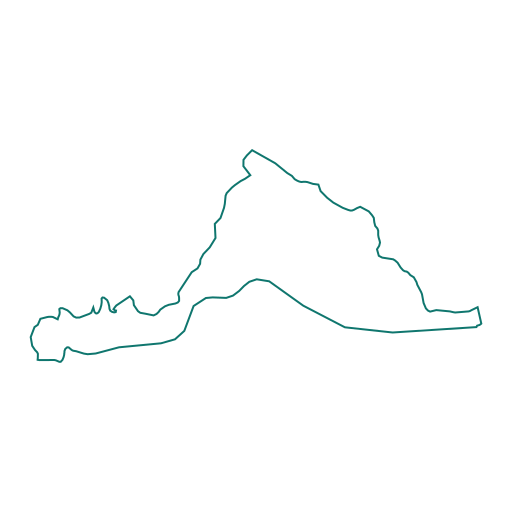 an SVG outline of Geylegphug
{"feature_id": "BTN-2482", "entity_name": "Geylegphug", "entity_type": "District", "adm_level": 1, "iso_a3": "BTN", "parent_name": "Bhutan", "parent_adm1": "", "projection": "orthographic", "projection_center": [90.239, 26.953], "detail": "fine", "context": "isolated", "style": "outline", "palette": "teal", "viewbox_px": 512, "rotation_deg": 0, "n_neighbors": 0, "source": "natural_earth", "source_scale": "10m", "svg_char_len": 2575}
<svg xmlns="http://www.w3.org/2000/svg" viewBox="0 0 512 512"><path d="M76.0,351.2L73.1,350.7L71.7,350.0L68.7,347.4L67.2,347.3L65.3,348.9L64.5,351.0L64.4,352.9L64.2,353.8L64.2,354.7L63.6,357.1L62.5,359.8L60.7,361.8L59.3,361.8L55.8,360.3L54.3,360.0L39.6,360.1L37.6,359.8L37.6,359.7L37.8,358.1L37.9,353.8L37.2,352.3L35.0,350.0L32.2,345.8L30.7,337.1L34.5,327.1L37.8,324.8L40.4,318.8L47.0,317.1L48.8,316.8L51.4,316.8L52.9,317.0L57.7,319.3L58.4,316.9L59.0,315.8L59.5,314.2L59.7,312.4L59.3,309.1L60.4,308.2L62.6,308.2L67.4,310.3L69.9,312.4L73.6,316.4L76.2,317.6L79.6,317.5L89.2,313.9L91.3,312.7L93.3,307.5L93.9,309.7L94.1,310.7L94.5,311.9L95.2,312.8L96.2,313.5L97.5,313.2L98.8,312.0L100.3,308.7L101.3,305.2L101.7,302.2L101.6,298.5L102.5,297.5L104.1,297.7L107.2,300.2L108.4,303.0L109.2,306.1L109.5,308.9L110.3,310.7L112.1,311.9L114.1,312.4L115.7,312.1L116.0,310.6L115.2,310.5L114.4,309.9L113.5,309.2L114.9,307.2L116.3,305.5L129.9,296.3L133.3,300.4L133.9,305.2L138.0,311.2L140.3,312.8L145.3,313.7L153.6,315.4L156.5,314.0L158.6,312.0L160.3,309.6L165.0,306.3L168.8,304.8L175.4,303.5L177.8,302.5L179.1,300.9L179.1,298.0L179.0,296.9L178.8,296.0L178.4,294.9L178.3,293.6L178.6,292.1L191.7,272.2L197.5,268.4L200.1,263.8L200.4,259.6L203.4,254.0L209.7,247.4L215.5,238.0L214.8,223.9L220.5,218.0L224.0,207.9L224.8,203.9L225.6,195.7L226.7,193.1L231.9,187.6L234.8,185.2L240.6,181.1L245.0,178.8L250.3,175.2L243.4,166.2L243.5,159.8L246.9,155.4L252.1,150.2L275.3,163.3L287.2,173.0L291.9,175.9L294.7,179.2L296.9,180.5L298.6,181.3L300.2,181.8L301.7,182.0L303.3,181.8L305.5,181.8L307.5,182.1L313.0,183.9L318.4,184.6L320.6,191.1L327.2,197.8L333.3,202.6L342.7,207.8L348.1,209.9L350.2,210.5L352.1,210.5L354.0,209.8L357.0,208.1L360.2,206.8L368.8,211.4L372.1,215.3L373.8,217.9L374.3,222.3L375.2,225.9L377.4,228.5L378.2,230.7L378.2,235.0L378.6,237.4L379.6,240.7L380.0,242.6L379.2,245.8L377.0,249.3L378.8,255.8L382.2,257.6L393.2,259.3L395.1,260.5L397.6,262.7L400.6,267.5L403.0,270.2L404.6,271.2L406.7,271.6L408.3,272.7L410.3,275.1L413.8,277.3L416.5,282.1L417.3,284.8L421.2,292.2L422.0,294.3L423.6,303.0L425.9,308.4L428.0,310.6L430.1,311.6L436.3,310.1L449.9,311.4L453.3,312.2L455.2,312.5L468.7,311.4L470.0,311.0L471.4,310.2L477.6,307.2L481.3,323.6L480.4,324.4L479.4,325.0L477.1,325.7L476.4,327.1L392.6,332.5L344.9,327.3L303.3,305.7L269.2,281.3L256.7,279.3L249.3,281.8L244.0,286.0L239.1,291.0L233.0,295.6L226.2,297.9L212.6,297.4L205.9,298.0L193.6,306.0L184.3,330.9L175.0,339.3L161.0,343.3L119.0,347.3L95.7,353.5L87.7,354.2L83.9,353.6L76.4,351.3L76.0,351.2Z" fill="none" stroke="#0f766e" stroke-width="2"/></svg>